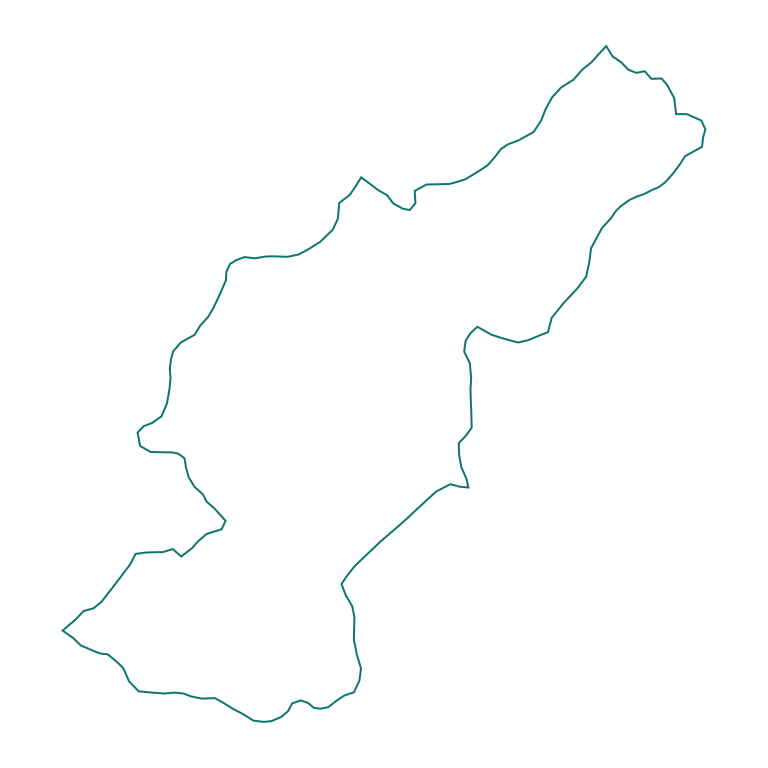 Catanduva, São Paulo, Brazil
{"feature_id": "56859067B89328127928865", "entity_name": "Catanduva", "entity_type": "district", "adm_level": 2, "iso_a3": "BRA", "parent_name": "Brazil", "parent_adm1": "São Paulo", "projection": "robinson", "projection_center": [-48.958, -21.13], "detail": "fine", "context": "isolated", "style": "outline", "palette": "teal", "viewbox_px": 768, "rotation_deg": 0, "n_neighbors": 0, "source": "geoboundaries", "source_scale": "gbopen_adm2", "svg_char_len": 2597}
<svg xmlns="http://www.w3.org/2000/svg" viewBox="0 0 768 768"><path d="M644.7,71.2L636.3,72.9L628.2,69.6L621.2,62.3L612.5,56.3L606.2,46.1L598.7,54.2L591.4,62.3L582.3,69.6L573.5,79.7L567.5,83.5L561.2,87.4L552.2,97.2L545.9,108.6L541.0,120.8L533.7,131.9L518.4,140.4L507.9,144.3L501.0,149.0L494.3,157.7L487.4,165.5L479.7,170.5L465.7,179.1L456.9,182.0L449.2,184.0L439.6,184.2L426.4,184.5L414.7,191.0L415.4,203.2L409.8,210.0L402.9,208.8L393.3,203.5L387.0,195.1L377.9,190.0L370.4,184.2L361.2,177.4L355.4,186.7L349.6,195.1L339.3,202.9L337.8,218.9L332.6,230.0L327.2,235.0L320.1,241.9L308.8,249.0L298.5,254.5L287.5,256.8L272.3,256.3L265.0,256.6L255.1,258.3L244.4,257.1L236.4,260.1L230.1,263.9L226.3,272.0L226.0,280.1L221.2,291.2L213.6,307.6L208.4,316.5L200.0,325.9L194.8,334.7L180.8,342.5L173.1,351.4L170.9,359.9L169.8,368.8L170.5,377.7L169.5,389.1L166.9,403.7L161.5,416.3L151.9,423.0L143.7,426.2L137.6,432.5L140.1,446.0L150.7,452.0L164.1,452.3L171.4,452.3L178.2,453.6L184.5,458.3L186.0,467.4L188.6,477.1L194.4,486.7L203.0,494.5L206.6,501.6L214.3,508.4L225.6,520.8L221.6,529.2L206.6,534.0L197.7,541.6L192.3,547.9L181.3,556.5L172.8,549.1L162.9,552.1L155.9,552.2L146.0,552.5L135.6,553.9L130.1,564.5L110.4,590.4L101.5,601.8L93.5,608.3L83.5,611.1L75.9,619.2L62.6,630.6L73.3,638.2L80.9,645.5L91.6,650.1L99.4,653.3L107.8,654.4L116.1,661.2L123.3,668.2L129.0,681.2L138.6,691.3L152.2,692.6L164.4,693.5L174.3,692.6L183.6,693.5L190.9,696.4L201.8,698.6L214.8,698.1L222.1,702.1L233.1,708.9L243.4,714.3L253.3,720.6L263.9,721.9L271.6,721.1L281.5,716.8L288.2,711.0L292.2,703.4L300.7,700.4L308.0,702.9L313.9,707.9L320.6,708.7L328.2,707.2L335.9,701.2L344.1,695.6L353.9,692.3L359.4,680.7L361.0,668.5L356.8,654.4L353.9,639.7L354.2,625.7L354.4,617.1L352.2,606.1L345.9,595.6L341.5,584.0L347.6,575.0L354.7,566.1L380.4,541.6L397.3,527.1L405.4,520.0L414.5,511.5L427.8,499.1L436.3,491.5L450.3,484.2L459.5,486.7L468.4,487.5L466.4,478.6L461.3,467.2L459.1,454.6L458.8,443.0L465.4,436.3L471.7,427.7L471.2,409.1L470.8,400.7L470.5,388.6L471.2,378.5L469.8,363.2L464.2,351.7L465.6,340.7L470.5,333.2L477.4,326.8L491.4,334.7L501.3,337.9L508.8,340.0L517.9,342.5L527.8,340.3L541.4,334.7L548.0,332.2L551.7,317.8L557.2,311.1L562.5,304.3L577.5,288.2L586.2,276.7L589.1,263.1L591.1,248.2L596.1,238.9L602.1,227.9L610.6,218.6L616.0,210.8L621.2,205.9L629.6,199.9L636.2,196.8L644.3,194.0L652.0,190.0L658.7,187.2L665.0,182.5L672.3,174.4L679.2,165.3L685.2,156.1L693.0,151.8L702.0,146.8L703.1,137.4L705.4,129.3L701.3,120.5L686.7,114.1L676.1,114.1L674.2,98.0L667.2,85.1L661.6,78.5L651.3,78.8L644.7,71.2Z" fill="none" stroke="#0f766e" stroke-width="2"/></svg>